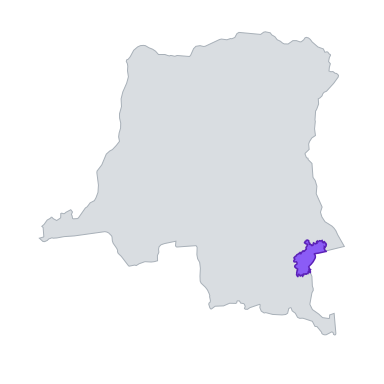 location of Pweto, Katanga, Democratic Republic of the Congo, rotated 355°
{"feature_id": "63176286B50481715267247", "entity_name": "Pweto", "entity_type": "district", "adm_level": 2, "iso_a3": "COD", "parent_name": "Democratic Republic of the Congo", "parent_adm1": "Katanga", "projection": "orthographic", "projection_center": [28.595, -8.698], "detail": "fine", "context": "in_parent", "style": "filled", "palette": "violet", "viewbox_px": 384, "rotation_deg": 355, "n_neighbors": 0, "source": "geoboundaries", "source_scale": "gbopen_adm2", "svg_char_len": 8229}
<svg xmlns="http://www.w3.org/2000/svg" viewBox="0 0 384 384"><g transform="rotate(355 192 192)"><path d="M339.0,259.5L308.5,264.2L309.1,266.0L308.8,267.8L308.0,269.2L304.9,273.0L300.3,276.5L300.3,277.4L302.6,281.3L304.1,286.6L303.7,296.1L304.3,298.6L304.2,300.6L302.7,302.8L299.6,314.1L301.7,319.6L307.7,324.7L311.1,328.5L317.0,329.9L318.0,329.7L318.4,326.5L323.0,325.3L323.0,345.5L322.6,346.6L321.8,346.9L320.6,346.2L320.3,344.3L319.1,343.5L313.3,345.9L311.9,345.9L310.3,345.4L309.1,344.4L308.8,342.9L304.8,337.0L302.8,336.6L300.6,331.3L291.5,327.4L288.1,327.2L286.2,326.0L284.4,321.8L281.4,319.1L280.7,316.2L280.1,315.8L278.3,316.4L276.7,321.1L274.7,322.2L271.0,322.3L261.7,321.0L255.0,318.6L253.3,318.8L250.6,316.7L249.5,313.1L250.1,310.3L249.6,309.8L239.5,312.3L237.1,313.7L234.8,313.4L234.1,312.6L235.0,310.7L234.5,308.6L233.8,307.7L230.8,306.9L229.8,304.7L228.0,304.4L227.3,304.7L226.9,306.3L225.8,306.8L219.8,306.1L213.5,308.2L205.1,307.8L201.2,310.2L200.6,310.2L199.7,309.0L198.9,305.2L199.3,304.1L200.5,303.3L200.9,301.8L200.4,297.8L200.7,296.9L200.2,294.6L198.9,291.0L197.1,288.1L193.2,283.7L192.4,281.6L192.6,276.6L193.7,268.7L193.5,262.8L191.8,259.0L191.4,254.9L192.3,247.5L191.3,245.8L172.1,245.5L171.3,245.0L170.9,244.0L171.7,239.6L160.0,241.0L156.5,241.9L154.4,243.7L153.7,246.0L153.7,249.2L152.0,252.3L151.7,257.5L148.4,258.1L145.2,258.2L139.0,257.3L133.0,258.9L130.1,260.4L128.5,259.8L123.1,260.4L122.4,260.1L116.0,250.0L113.1,246.7L112.6,245.1L112.8,243.5L112.0,241.4L109.0,236.2L108.4,233.8L108.4,230.0L108.1,228.7L105.4,225.5L103.7,224.5L101.8,223.9L70.9,225.5L60.7,225.3L53.3,226.0L49.6,225.9L48.5,225.4L45.2,226.3L43.5,227.7L40.8,228.6L39.2,228.3L35.9,224.7L40.2,223.9L40.5,223.5L40.6,214.4L39.4,213.1L41.7,211.5L45.3,207.3L48.9,205.7L49.4,204.9L50.2,204.9L51.5,206.5L54.7,208.6L58.6,206.5L59.0,205.9L59.4,202.0L60.4,201.7L62.1,202.4L63.0,202.4L64.7,201.2L69.7,199.1L71.2,201.5L69.9,203.8L70.5,205.4L70.7,207.9L71.5,208.4L75.5,208.5L76.6,207.9L84.3,198.7L86.4,197.5L89.6,193.9L94.0,192.1L95.9,189.3L98.3,184.2L99.4,177.0L98.9,164.5L99.2,162.9L104.5,157.1L109.9,146.8L113.6,144.0L116.4,142.8L120.7,139.0L124.2,135.2L123.7,130.7L124.5,127.0L126.4,122.2L127.0,117.2L126.3,112.0L126.6,107.7L129.2,100.8L129.5,93.0L131.8,86.3L136.4,77.9L138.7,71.7L138.3,65.6L139.0,61.1L138.8,58.5L137.9,56.2L138.4,54.7L140.1,54.1L142.3,51.8L146.3,45.7L150.5,42.7L153.4,41.7L156.4,41.7L158.4,42.2L161.6,44.5L165.2,46.3L167.9,48.5L170.6,52.1L177.1,52.7L179.9,54.0L181.6,54.5L182.3,54.1L183.6,54.3L186.7,55.3L189.1,54.7L201.3,56.8L202.6,55.6L206.1,49.3L208.6,47.2L212.8,46.9L216.0,48.0L217.7,48.0L232.7,42.5L234.6,42.2L240.1,43.4L243.6,42.5L245.0,42.8L248.1,41.8L250.6,38.1L252.7,37.1L274.1,41.0L277.4,39.0L279.0,38.8L283.8,40.2L285.2,42.5L288.1,44.5L290.1,47.7L293.3,49.6L294.9,51.3L296.8,52.5L300.7,52.9L305.7,50.0L309.2,50.3L312.8,51.9L314.0,51.8L316.6,50.1L318.0,48.3L319.4,47.9L321.5,48.7L323.2,50.4L324.7,52.9L330.1,58.5L335.3,60.9L336.6,64.4L338.5,64.1L339.4,64.4L340.8,66.6L341.7,67.0L341.9,67.9L340.6,69.9L339.4,73.9L341.0,76.3L339.7,79.8L339.0,83.4L340.7,84.3L342.9,84.3L344.9,86.2L346.4,86.5L348.1,88.5L347.7,90.2L342.6,96.1L334.8,103.3L332.2,104.2L330.9,105.5L329.9,107.6L327.7,109.4L325.9,110.2L325.8,115.4L323.2,120.9L322.2,122.0L320.8,130.9L321.0,132.4L319.6,139.7L319.9,146.5L316.1,148.6L313.5,151.9L312.4,154.3L312.4,159.8L308.2,163.2L307.9,163.9L309.0,167.8L310.5,168.5L310.5,169.8L314.0,174.0L313.8,186.9L313.9,188.2L315.7,191.3L316.9,197.1L315.6,204.6L320.3,218.3L318.2,223.3L319.2,228.1L321.9,233.2L328.5,238.2L330.2,240.2L331.9,243.0L333.4,247.3L339.0,259.5Z" fill="#d9dde1" stroke="#a8b0b8" stroke-width="1"/><path d="M303.3,279.7L303.2,279.6L302.8,279.3L301.7,276.8L301.9,276.5L302.9,275.5L304.5,274.2L306.7,271.9L307.4,270.8L308.2,269.7L309.1,268.2L309.3,266.7L309.1,265.5L308.5,264.6L308.5,264.3L308.7,264.2L309.6,264.1L312.6,263.9L320.5,262.9L320.4,262.5L320.2,262.4L319.9,262.3L319.7,262.2L319.5,261.9L319.3,261.7L319.3,261.1L319.1,260.8L318.9,260.1L318.7,260.0L318.8,259.3L318.9,258.7L319.1,259.2L319.4,259.2L319.7,259.1L319.8,259.0L319.6,258.3L319.7,258.2L319.8,258.0L320.0,258.0L320.2,257.9L320.4,257.9L320.6,257.8L320.7,257.7L320.8,257.5L320.9,257.2L321.1,256.5L321.2,256.3L321.2,256.1L321.1,255.9L321.2,255.7L321.1,255.3L321.0,255.2L320.9,255.0L320.7,255.2L320.5,254.7L319.9,253.7L319.8,253.4L319.7,253.4L319.6,253.2L319.4,253.4L319.4,253.5L319.0,253.6L318.8,253.8L318.7,254.0L318.3,254.0L318.2,253.8L318.2,253.1L317.7,253.1L317.8,252.7L317.7,252.6L317.4,252.1L317.5,251.9L317.4,251.7L317.3,251.8L317.2,251.8L317.1,251.7L316.1,252.1L315.8,252.0L315.6,251.8L315.4,251.8L314.7,251.6L313.9,252.2L313.6,252.5L313.0,252.4L312.8,252.2L312.6,251.8L312.4,252.0L312.2,252.0L311.8,252.2L311.8,252.3L312.1,252.5L311.8,252.8L311.8,253.0L312.0,253.1L312.1,253.3L311.9,253.5L312.0,253.6L312.1,253.9L312.0,254.0L311.5,254.0L311.4,254.1L310.8,254.4L310.6,254.4L310.7,254.0L309.8,254.0L309.6,254.0L309.3,253.7L308.7,253.2L308.6,253.3L308.6,253.6L308.5,253.8L308.4,253.8L308.4,254.0L308.2,254.4L308.1,254.6L308.1,254.8L308.1,255.0L307.9,255.0L307.8,255.5L307.6,255.7L307.4,255.8L306.7,255.8L306.4,255.7L306.2,254.9L305.7,254.8L305.6,254.7L305.3,254.5L305.1,254.4L304.9,254.4L304.5,254.4L304.6,254.1L305.0,253.8L305.0,253.6L305.0,253.4L304.4,253.2L304.3,252.7L304.2,252.4L304.0,252.0L304.0,251.6L304.1,250.9L303.8,250.7L303.7,250.4L303.3,250.2L303.1,250.2L302.7,249.9L302.3,250.0L302.1,250.0L301.8,250.1L301.7,250.1L301.6,250.3L301.5,250.5L301.4,250.6L301.3,250.8L301.0,251.0L300.5,251.0L300.4,251.1L300.3,251.5L299.8,252.1L299.6,252.4L299.7,252.6L299.9,252.6L300.7,253.0L300.8,253.5L301.5,253.8L302.0,253.9L302.4,254.2L302.4,254.4L302.4,254.6L301.6,256.3L300.8,257.0L300.7,257.8L300.8,258.2L300.9,258.4L301.0,258.7L300.8,259.0L300.4,259.2L299.3,260.2L298.7,260.8L298.2,260.9L298.0,260.4L297.5,260.3L297.3,260.4L297.1,260.7L296.8,260.8L296.6,261.1L296.4,261.3L295.9,261.8L295.6,261.8L295.3,262.1L295.1,262.1L294.8,261.9L294.8,262.0L295.2,262.9L294.9,263.0L294.7,263.0L294.4,262.9L294.2,262.8L294.1,262.6L293.8,262.4L293.6,262.4L293.6,262.2L293.4,262.3L293.2,262.6L292.4,263.0L291.7,263.4L291.2,263.5L290.9,263.7L290.8,263.9L290.7,264.1L290.4,264.3L290.2,264.8L289.6,265.0L289.4,265.0L289.1,265.4L288.9,265.6L288.5,265.7L288.4,265.9L288.3,266.1L287.9,266.3L287.9,266.7L288.0,267.0L288.5,267.6L288.5,268.1L288.1,268.3L288.0,268.5L287.7,269.0L287.4,269.4L287.4,270.1L287.6,270.4L288.1,270.6L288.5,270.7L289.5,270.6L289.8,270.6L290.0,270.8L290.3,271.2L290.4,271.8L290.4,272.3L290.2,272.9L289.7,273.3L288.8,273.7L288.3,274.1L288.0,274.6L287.8,275.4L287.9,275.7L288.4,275.9L288.5,276.1L288.6,276.5L288.8,276.7L289.0,276.8L289.4,277.2L289.8,277.3L289.9,277.6L290.2,277.8L290.5,278.0L290.2,278.4L290.3,279.1L290.2,279.3L289.9,279.6L289.7,279.7L289.6,279.9L289.6,280.0L289.7,280.6L289.3,281.3L289.2,282.2L289.2,282.8L288.9,283.6L289.1,283.9L289.8,285.4L290.2,285.4L290.3,284.9L290.4,284.3L290.5,284.1L290.8,283.9L290.9,283.7L291.0,283.7L291.2,283.4L291.3,283.3L291.8,284.0L292.5,285.1L292.9,284.8L293.1,284.5L293.5,284.4L293.8,284.4L294.0,284.8L294.3,285.0L294.6,285.4L294.7,285.5L294.9,285.7L295.1,285.4L295.2,285.1L295.2,284.6L295.2,284.3L295.3,284.3L295.5,284.3L295.9,284.4L296.1,284.4L296.2,284.2L295.8,283.6L295.7,283.5L295.8,283.4L296.6,283.5L298.2,283.4L298.1,283.8L298.4,283.9L299.3,283.6L299.9,283.2L300.2,283.2L300.5,283.3L300.7,282.6L300.9,281.5L301.2,281.6L301.8,281.5L302.1,281.5L302.6,281.6L302.6,281.8L302.4,281.9L302.4,282.0L302.3,281.9L302.2,281.9L302.1,282.1L302.4,282.3L302.5,282.3L302.4,282.5L302.5,282.6L302.8,282.5L302.8,282.4L302.7,282.3L302.8,282.2L302.8,281.9L302.8,281.6L302.8,281.4L302.4,281.4L302.5,281.2L302.8,281.2L302.9,281.3L303.0,281.3L302.8,281.2L302.7,281.3L302.8,281.3L303.0,281.4L303.0,281.2L302.8,281.0L302.7,281.2L302.3,280.8L302.4,280.5L302.4,280.4L302.3,280.5L302.2,280.5L301.9,280.6L301.7,280.7L301.8,280.5L301.9,280.4L301.9,280.0L301.8,279.8L301.9,279.6L301.8,279.3L301.8,279.2L301.9,278.9L302.0,278.8L302.0,279.2L302.0,279.3L302.3,279.2L302.3,279.3L302.5,279.6L302.4,279.7L302.3,279.9L302.3,280.0L302.2,280.1L302.3,280.2L302.5,280.2L302.6,280.3L302.8,280.1L302.7,280.1L302.9,280.0L303.0,280.0L303.1,279.9L303.3,279.7Z" fill="#8b5cf6" stroke="#5b21b6" stroke-width="1.5"/></g></svg>